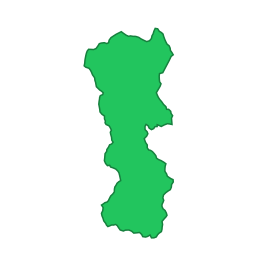 outline of Major Gercino, Santa Catarina, Brazil, rotated 282°
{"feature_id": "56859067B69843073310031", "entity_name": "Major Gercino", "entity_type": "district", "adm_level": 2, "iso_a3": "BRA", "parent_name": "Brazil", "parent_adm1": "Santa Catarina", "projection": "albers", "projection_center": [-49.062, -27.42], "detail": "fine", "context": "isolated", "style": "filled", "palette": "green", "viewbox_px": 256, "rotation_deg": 282, "n_neighbors": 0, "source": "geoboundaries", "source_scale": "gbopen_adm2", "svg_char_len": 2939}
<svg xmlns="http://www.w3.org/2000/svg" viewBox="0 0 256 256"><g transform="rotate(282 128 128)"><path d="M209.0,157.0L210.9,155.3L212.7,153.4L214.9,152.6L216.9,151.2L218.2,148.7L219.9,147.3L222.2,145.6L224.9,143.9L227.2,142.7L228.3,140.9L229.1,138.5L231.2,136.4L231.1,133.9L227.9,133.2L225.3,133.0L223.2,132.3L220.4,132.3L217.8,130.9L216.4,128.3L217.0,125.5L217.9,122.1L218.9,119.6L219.2,116.5L218.7,113.8L218.6,111.3L217.8,109.5L218.4,106.9L219.6,104.0L220.8,101.4L217.2,96.9L212.9,92.6L210.0,91.3L207.4,91.3L206.2,89.7L206.5,87.1L205.5,84.1L204.5,82.4L202.2,81.6L199.2,80.3L197.6,78.1L197.2,75.5L196.8,73.1L194.8,72.1L192.9,71.8L191.1,71.7L188.6,71.7L185.5,71.8L182.4,72.2L179.7,72.2L178.7,74.0L178.3,77.4L176.9,79.1L175.1,80.6L172.7,82.2L170.2,84.9L167.6,85.8L165.9,86.8L164.2,87.5L161.8,88.5L160.4,90.7L159.3,92.4L158.5,94.5L157.3,96.5L155.4,96.3L153.9,94.2L152.1,93.9L150.4,94.1L148.0,94.2L145.2,94.5L142.3,95.7L140.3,96.5L137.9,97.3L136.0,99.7L134.8,102.5L132.0,103.1L130.2,104.4L128.3,104.5L126.9,105.8L126.2,109.0L124.7,110.5L122.4,112.2L120.2,111.6L118.2,112.4L115.6,113.8L112.7,114.7L111.0,116.4L108.9,115.3L107.7,113.5L105.2,112.9L102.6,111.8L100.7,112.0L98.1,110.9L94.2,111.4L91.1,111.7L88.6,113.5L86.9,115.7L87.7,117.8L86.2,119.1L85.9,121.8L85.3,124.6L83.7,127.1L82.2,128.5L79.8,129.7L77.1,130.9L75.0,131.8L73.7,130.3L71.7,128.8L69.2,128.1L67.6,127.4L65.5,127.4L62.6,127.9L60.2,126.8L57.9,125.2L55.3,124.5L52.8,123.9L51.2,122.9L50.2,121.0L48.6,119.6L47.1,118.1L45.0,120.2L41.9,120.5L39.0,119.8L36.7,120.8L34.5,122.3L32.1,123.6L30.1,126.0L28.6,127.1L27.4,128.8L28.5,130.5L29.7,132.1L30.1,134.1L31.1,136.0L30.3,137.8L28.6,139.4L26.6,141.6L26.3,144.9L27.6,146.8L28.4,150.2L27.8,153.1L26.4,155.5L27.2,158.1L28.2,161.1L26.7,163.5L24.8,165.0L25.0,167.9L26.0,169.7L27.9,171.8L25.4,173.8L26.0,176.3L27.3,178.3L29.7,179.1L31.5,180.2L33.6,182.2L36.1,182.3L38.1,182.0L40.8,181.9L43.7,180.7L46.7,182.3L48.9,183.6L50.7,184.3L52.8,183.2L55.0,181.4L56.3,179.0L58.6,177.4L60.6,177.2L62.5,177.7L64.6,178.0L66.9,176.6L70.0,176.7L72.7,178.5L74.9,180.5L76.5,182.2L79.1,182.7L81.8,182.4L84.6,183.5L86.9,182.8L87.3,180.8L88.1,178.6L89.0,176.5L91.1,175.3L93.3,173.1L95.7,172.6L98.3,172.3L100.9,172.5L102.0,170.1L103.0,167.1L103.5,164.4L104.4,162.2L106.7,161.0L108.4,159.0L110.0,156.8L110.8,154.7L110.9,152.7L112.7,150.9L115.4,150.4L117.4,148.3L119.1,147.2L121.0,146.1L123.8,147.9L126.5,148.6L128.4,147.4L130.0,145.0L133.1,144.3L135.3,144.9L134.4,147.2L132.2,148.8L131.3,151.3L132.8,153.3L134.9,154.0L135.5,156.2L137.3,155.9L136.9,158.1L136.4,160.2L138.4,162.6L140.4,165.6L140.6,168.0L140.6,170.3L144.0,169.3L146.7,168.5L149.3,169.1L151.2,167.1L153.2,166.3L154.7,163.9L154.3,161.9L156.7,160.7L158.5,157.8L160.6,155.6L162.6,153.0L164.3,151.3L166.3,149.8L168.4,148.4L175.4,150.7L178.1,151.1L179.8,149.3L182.2,148.5L185.3,147.7L187.8,147.5L189.3,150.5L202.8,154.3L207.0,155.3L209.0,157.0Z" fill="#22c55e" stroke="#15803d" stroke-width="1.5"/></g></svg>